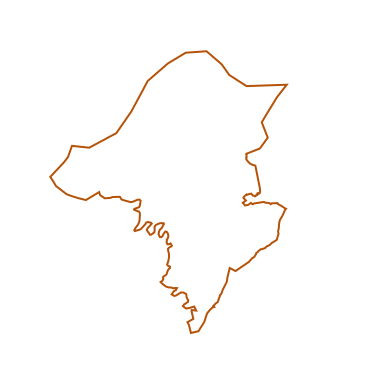 the district of Ohaozara, Ebonyi, Nigeria, rotated 69°
{"feature_id": "59680162B76130047047659", "entity_name": "Ohaozara", "entity_type": "district", "adm_level": 2, "iso_a3": "NGA", "parent_name": "Nigeria", "parent_adm1": "Ebonyi", "projection": "natural_earth1", "projection_center": [7.82, 6.011], "detail": "fine", "context": "isolated", "style": "outline", "palette": "amber", "viewbox_px": 384, "rotation_deg": 69, "n_neighbors": 0, "source": "geoboundaries", "source_scale": "gbopen_adm2", "svg_char_len": 3571}
<svg xmlns="http://www.w3.org/2000/svg" viewBox="0 0 384 384"><g transform="rotate(69 192 192)"><path d="M65.8,128.0L59.7,148.0L61.5,158.0L63.4,168.6L72.5,193.6L81.7,204.2L95.1,219.8L109.9,241.5L113.8,272.1L105.9,287.5L114.9,295.2L118.5,301.1L127.1,318.9L133.0,317.6L137.6,316.9L149.2,309.8L152.6,305.9L156.8,300.6L161.5,293.9L158.8,278.7L162.0,278.9L166.6,275.7L168.2,270.6L168.2,268.1L170.3,262.0L170.8,261.0L173.7,260.5L175.5,258.3L177.2,256.0L179.5,252.9L179.9,250.6L179.7,245.6L180.4,243.6L181.7,243.1L185.6,245.3L187.2,246.7L187.1,251.5L187.3,252.3L188.0,252.3L191.5,248.4L193.2,248.3L195.0,249.0L199.6,251.1L201.3,252.2L203.4,254.5L205.6,258.1L207.1,259.6L208.0,259.4L208.1,257.8L208.4,254.6L208.1,252.6L205.1,246.7L204.2,245.9L204.2,243.9L206.1,241.2L207.1,240.9L208.7,244.0L210.1,246.7L211.3,247.9L216.9,246.5L217.2,245.3L216.1,241.6L214.8,240.8L210.9,239.3L209.8,237.3L209.6,233.4L210.2,231.5L211.0,229.7L211.9,229.7L212.4,230.6L214.6,232.8L215.6,235.3L216.8,236.7L219.2,238.3L220.6,238.3L222.6,238.1L223.1,237.0L222.7,235.4L221.0,233.7L219.3,231.0L220.1,229.9L222.2,229.4L224.9,229.9L226.7,231.4L227.6,232.8L228.7,233.0L229.8,233.7L231.5,233.8L232.3,233.2L232.4,230.4L233.4,230.2L234.9,230.1L235.4,230.7L235.5,232.4L235.9,233.7L236.5,234.8L237.8,235.2L241.5,235.7L244.2,236.6L247.8,238.7L250.7,241.1L251.7,241.2L253.9,239.3L254.9,239.7L255.9,241.8L256.6,242.7L258.0,243.9L259.3,244.9L259.9,245.6L260.2,246.3L260.5,248.3L261.2,249.7L263.1,250.0L264.2,251.4L264.8,253.6L267.2,252.5L269.7,251.0L270.9,250.2L272.6,248.2L273.7,245.6L275.0,244.3L275.8,241.6L276.3,240.5L277.9,242.4L278.0,244.2L278.7,245.4L280.3,247.7L282.7,245.8L282.9,243.8L281.8,238.3L282.9,235.9L285.2,234.0L288.7,234.8L291.7,234.3L293.1,235.1L293.8,237.7L294.1,239.6L295.3,241.4L298.7,239.2L299.4,235.3L299.7,231.0L304.2,230.6L302.1,234.6L303.5,235.2L310.9,236.2L311.9,242.9L314.9,242.5L323.2,243.5L324.3,235.9L317.6,227.0L310.8,221.5L308.3,217.2L307.2,214.2L307.3,212.5L306.1,213.1L304.6,209.9L304.0,207.5L302.6,206.2L301.1,205.2L299.7,203.6L298.4,203.0L297.8,201.5L296.0,199.7L294.4,198.5L293.0,196.9L288.4,191.8L283.3,188.8L276.5,184.0L281.4,179.7L277.7,164.2L276.7,162.1L275.4,159.7L275.0,157.3L273.8,155.6L273.0,154.6L272.1,154.0L271.5,151.9L270.8,150.9L270.6,149.6L270.1,148.7L270.3,148.0L270.3,146.9L270.5,146.5L270.4,145.9L270.5,145.1L270.5,143.6L270.0,143.0L269.8,142.3L269.5,141.2L269.5,139.6L269.0,137.5L268.2,136.1L267.9,134.1L267.1,130.1L264.9,128.4L262.2,126.3L259.7,125.8L256.8,123.9L254.0,122.6L251.3,121.2L249.3,119.6L247.3,116.9L244.6,114.0L242.1,111.6L241.7,111.1L241.4,110.3L239.9,111.5L236.4,114.0L233.8,116.3L233.1,116.2L232.7,116.6L232.5,118.0L231.5,120.6L231.1,122.0L231.6,122.9L230.3,123.6L229.3,124.9L228.8,126.6L227.0,128.5L224.9,138.5L225.3,139.6L224.3,140.4L223.3,140.9L224.1,143.8L224.1,144.9L223.9,145.7L223.7,146.7L223.7,147.2L221.0,148.2L220.3,148.5L219.3,144.7L215.8,146.1L215.5,145.7L214.8,144.6L213.8,141.9L214.4,141.6L214.4,139.4L214.6,137.9L214.8,137.2L215.6,137.0L217.2,136.5L217.9,135.1L218.7,134.6L218.6,134.1L218.3,133.8L217.6,132.5L218.1,132.1L217.8,131.4L216.7,131.3L216.6,130.7L216.9,130.3L217.5,129.7L217.2,129.0L216.6,128.7L216.1,128.4L215.7,128.1L213.4,127.5L212.8,127.3L196.5,124.5L190.1,123.4L188.6,125.4L186.9,127.2L185.5,128.0L182.6,129.2L181.5,129.4L180.7,129.6L179.9,129.2L179.4,128.7L179.1,128.9L177.9,128.2L176.7,127.6L176.3,127.9L175.8,127.6L175.7,113.0L168.4,101.8L151.9,101.9L145.1,93.2L133.9,78.6L125.8,65.1L112.7,103.1L104.3,109.3L96.1,115.3L83.5,118.5L79.2,120.8L65.8,128.0Z" fill="none" stroke="#b45309" stroke-width="2"/></g></svg>